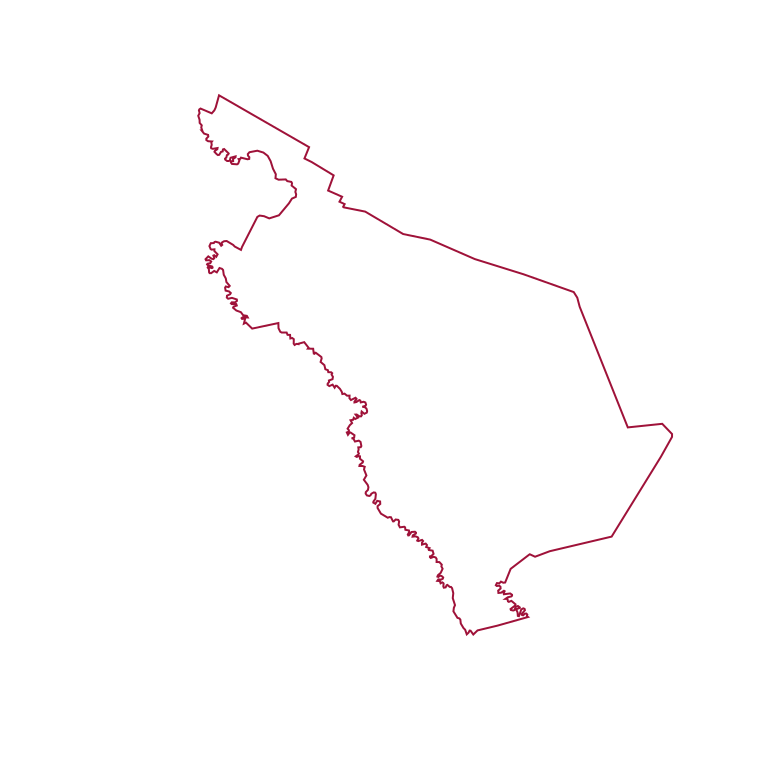 Nitchidorf, Timis, Romania (Robinson projection), rotated 25°
{"feature_id": "2599482B42012307395467", "entity_name": "Nitchidorf", "entity_type": "district", "adm_level": 2, "iso_a3": "ROU", "parent_name": "Romania", "parent_adm1": "Timis", "projection": "robinson", "projection_center": [21.512, 45.567], "detail": "fine", "context": "isolated", "style": "outline", "palette": "rose", "viewbox_px": 768, "rotation_deg": 25, "n_neighbors": 0, "source": "geoboundaries", "source_scale": "gbopen_adm2", "svg_char_len": 6165}
<svg xmlns="http://www.w3.org/2000/svg" viewBox="0 0 768 768"><g transform="rotate(25 384 384)"><path d="M564.8,575.9L565.7,573.7L565.8,571.3L566.7,571.0L570.8,573.3L572.9,567.8L589.0,555.0L613.0,534.3L611.6,534.0L611.3,532.4L610.0,531.9L608.8,532.6L607.8,534.9L606.5,535.0L606.0,534.3L607.3,529.4L606.4,528.4L605.0,528.5L603.7,530.3L604.4,537.4L603.3,537.6L601.6,534.6L599.4,532.7L599.5,531.7L601.6,529.7L601.5,529.1L599.2,528.6L597.6,530.2L597.8,533.8L596.8,534.7L594.5,535.2L593.8,534.5L596.5,529.3L596.3,528.1L591.1,526.7L589.2,528.7L588.2,528.6L586.7,526.6L584.9,527.4L586.3,525.0L589.2,522.7L589.5,521.7L589.1,520.9L586.9,520.5L581.5,523.9L580.9,523.2L580.9,520.8L580.1,520.7L578.4,523.6L576.0,525.0L574.8,523.0L576.1,520.1L575.2,518.5L573.7,518.1L571.6,519.4L570.4,519.1L570.5,516.7L572.8,515.9L573.5,513.7L576.1,513.7L577.7,512.7L576.9,498.0L587.6,477.5L588.1,476.7L593.9,476.7L604.9,465.5L654.8,426.1L665.7,333.0L667.4,310.2L666.2,307.6L653.0,302.5L623.3,320.3L528.7,231.3L522.7,224.1L517.1,220.5L464.0,225.6L413.5,232.4L364.9,233.6L338.0,240.0L294.1,235.7L272.9,240.9L272.1,240.7L272.3,237.6L266.6,237.6L266.9,232.0L251.6,232.3L250.2,216.2L224.7,213.4L216.6,213.2L216.0,201.0L112.5,192.1L114.6,204.6L114.6,207.7L113.5,211.5L101.3,211.9L100.6,213.1L100.6,214.2L102.4,216.4L102.3,219.4L105.2,222.5L106.6,225.3L109.5,226.6L110.0,228.8L112.3,231.2L111.7,231.4L115.1,233.1L119.3,232.6L120.2,234.0L119.3,236.7L119.9,238.0L122.0,238.3L125.6,236.9L125.4,238.0L126.8,240.1L127.1,242.5L127.8,243.4L129.5,243.2L133.4,240.5L133.7,241.7L132.2,244.2L132.2,245.2L135.2,246.4L136.7,246.7L137.8,245.9L138.2,242.5L139.5,241.4L138.9,239.5L139.8,238.6L145.8,240.7L145.8,241.8L144.9,243.0L145.4,245.4L144.7,246.9L145.2,247.7L147.6,248.2L149.1,247.5L149.8,246.6L149.3,243.8L153.3,240.4L153.6,241.3L152.1,243.9L153.1,245.8L151.2,246.7L151.6,247.9L153.2,248.8L158.0,247.0L158.7,245.9L158.5,242.6L157.2,241.6L158.6,240.7L158.7,239.3L165.3,238.0L166.7,237.0L166.1,235.4L164.2,234.5L163.4,233.2L164.1,230.8L170.6,226.1L176.9,225.2L182.2,226.4L187.1,230.0L192.4,235.8L197.3,239.6L198.7,243.4L202.1,243.4L208.5,240.1L210.6,241.0L214.6,240.0L215.8,240.9L216.4,243.2L221.9,244.6L222.5,247.4L224.2,249.2L225.0,251.7L222.2,254.9L221.5,260.4L217.5,275.5L210.0,282.4L204.4,282.6L200.1,283.9L198.6,286.1L197.4,319.8L197.7,322.9L190.6,322.5L188.6,321.7L181.0,320.9L178.7,322.2L177.4,324.1L177.2,325.0L178.6,326.3L178.0,327.5L174.9,325.6L171.3,326.2L170.4,326.9L170.2,328.2L167.5,329.6L167.5,332.8L169.9,335.0L170.9,335.1L173.4,333.6L174.1,335.2L178.4,336.8L178.2,339.6L175.7,339.0L175.1,339.7L177.0,341.7L176.6,342.9L174.9,343.3L170.8,342.6L169.5,346.3L170.5,347.1L173.4,345.6L175.6,346.0L175.5,347.9L173.2,349.6L173.1,350.4L174.6,350.9L178.4,350.1L179.3,350.6L179.4,351.3L178.7,351.8L175.0,352.1L175.0,353.0L176.6,353.7L178.3,356.7L179.1,357.2L180.5,356.6L182.3,353.3L185.3,353.5L185.9,348.4L188.5,348.1L190.0,348.7L192.6,352.7L196.0,355.2L198.1,358.2L202.7,360.3L202.2,361.9L199.4,362.5L199.3,363.9L201.0,366.3L204.5,365.6L206.7,366.3L206.6,367.7L204.4,370.3L205.0,372.1L206.7,372.6L209.8,370.2L214.9,369.6L215.6,370.8L215.0,372.1L214.3,373.1L211.5,374.3L211.2,375.6L212.2,375.9L216.3,374.0L217.4,375.1L215.0,377.5L215.0,378.7L219.1,379.8L223.9,379.4L227.3,381.2L230.9,380.2L232.4,381.3L227.7,383.3L227.1,384.5L227.9,385.0L230.5,383.3L231.5,388.5L233.0,386.7L241.1,389.5L262.5,373.4L264.8,378.0L267.9,380.5L269.5,380.6L274.0,378.5L275.8,380.2L278.1,379.2L279.9,382.3L281.4,381.1L283.3,381.5L285.1,385.6L286.5,386.4L287.6,384.7L289.7,384.0L289.5,383.6L294.0,379.8L300.3,383.0L300.1,384.1L304.9,382.0L307.5,386.1L308.2,386.0L308.2,384.8L308.9,384.5L315.8,386.0L316.7,387.2L317.2,390.8L322.0,392.1L324.6,395.4L327.3,395.2L328.5,396.8L331.3,395.7L332.5,396.1L332.5,397.6L334.7,399.1L335.3,401.4L332.6,404.1L333.4,405.3L332.8,407.4L333.2,408.6L335.3,409.0L337.7,406.3L340.8,408.2L341.0,406.0L342.0,405.6L346.1,407.0L349.0,408.9L350.5,410.7L352.3,409.4L355.4,410.2L357.7,409.1L358.7,411.5L360.8,412.5L364.0,408.5L365.4,409.1L364.7,412.6L365.0,413.2L366.6,412.0L368.4,409.0L369.5,409.0L370.7,410.5L373.1,408.7L374.9,408.6L376.5,410.3L376.5,411.5L374.0,413.8L376.4,413.1L378.5,413.7L380.2,415.7L380.5,417.2L378.8,419.3L375.4,418.4L375.8,420.0L377.1,421.6L376.9,423.0L375.4,423.7L372.1,423.2L371.2,423.7L374.6,425.5L372.7,427.9L370.9,427.4L371.1,429.5L369.0,431.0L371.6,432.9L370.4,435.8L369.9,439.9L371.7,440.7L372.3,441.9L370.8,443.6L372.8,445.3L373.3,442.8L374.1,442.1L378.9,442.9L379.6,445.2L377.6,446.9L379.4,446.5L382.0,448.4L385.1,446.0L387.2,446.4L389.7,449.8L389.6,451.1L387.5,452.3L388.7,454.1L389.1,456.6L390.6,457.6L390.5,458.8L389.0,461.5L390.1,461.6L391.7,460.0L392.8,459.7L393.8,461.9L397.7,462.9L397.9,464.1L396.1,467.5L396.4,468.7L399.2,467.4L401.5,467.2L402.0,469.9L406.7,474.3L406.2,479.3L411.8,482.3L413.5,484.1L414.2,486.7L413.2,489.7L413.7,491.1L415.6,492.2L418.0,491.7L418.8,490.6L418.9,488.8L420.5,486.6L422.0,486.2L423.2,487.3L424.7,491.7L424.1,495.0L424.4,496.0L426.8,496.2L427.2,492.8L430.1,492.1L431.3,494.3L429.8,497.4L430.6,499.1L436.0,502.8L443.9,503.6L445.2,502.3L446.6,501.8L450.2,504.7L450.9,504.4L451.8,501.9L454.4,501.1L455.8,502.2L456.7,505.4L459.0,507.2L462.7,504.8L463.7,505.0L465.0,507.1L468.5,506.2L469.4,507.5L469.2,510.4L470.0,511.0L470.6,510.6L471.5,506.5L474.5,504.8L475.8,505.2L476.1,506.0L474.1,509.0L474.4,510.3L476.8,508.8L479.3,508.6L480.4,509.3L480.3,511.9L481.4,511.9L484.4,509.2L485.8,509.8L485.5,511.8L486.3,513.5L489.2,511.0L491.0,511.8L491.1,513.9L494.6,513.5L494.3,515.0L494.8,515.5L498.5,514.5L500.7,517.0L499.6,519.9L498.5,520.8L498.8,521.5L499.9,521.9L502.1,519.6L504.2,519.4L505.6,520.3L506.9,523.1L509.5,522.0L512.7,523.3L513.1,525.1L515.2,526.7L515.2,531.2L513.7,534.5L513.8,536.0L514.8,535.9L515.7,534.0L517.4,533.7L519.4,534.3L519.6,535.6L518.4,537.2L515.8,538.1L515.5,539.9L517.9,539.0L519.5,540.7L520.5,539.2L521.8,539.3L522.4,539.7L523.3,542.4L524.3,543.3L525.8,542.3L525.8,539.9L526.3,539.3L529.3,540.1L530.5,539.6L532.0,540.3L535.2,544.3L536.8,549.0L541.8,554.4L541.9,557.3L543.0,560.7L549.4,564.9L551.4,564.6L552.8,565.3L554.8,568.6L559.2,571.6L561.4,572.4L564.8,575.9Z" fill="none" stroke="#9f1239" stroke-width="2"/></g></svg>